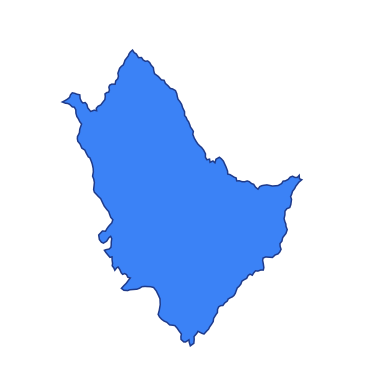 the district of Pindamonhangaba, São Paulo, Brazil, rotated 169°
{"feature_id": "56859067B24511577204159", "entity_name": "Pindamonhangaba", "entity_type": "district", "adm_level": 2, "iso_a3": "BRA", "parent_name": "Brazil", "parent_adm1": "São Paulo", "projection": "equal_earth", "projection_center": [-45.457, -22.887], "detail": "fine", "context": "isolated", "style": "filled", "palette": "blue", "viewbox_px": 384, "rotation_deg": 169, "n_neighbors": 0, "source": "geoboundaries", "source_scale": "gbopen_adm2", "svg_char_len": 4066}
<svg xmlns="http://www.w3.org/2000/svg" viewBox="0 0 384 384"><g transform="rotate(169 192 192)"><path d="M115.5,118.8L115.9,121.8L115.5,124.6L113.1,126.6L111.7,129.9L107.7,133.4L105.7,136.9L106.3,140.3L106.0,142.7L106.5,145.2L106.7,148.3L105.2,151.7L104.4,155.4L102.1,157.5L99.0,158.1L97.4,160.8L95.7,165.8L96.1,168.7L94.7,170.6L93.2,173.5L90.6,175.8L89.0,177.9L87.5,179.2L85.3,181.2L81.9,183.1L84.0,184.5L83.6,187.9L85.8,186.2L88.1,186.6L90.3,188.3L92.7,187.9L95.2,186.0L98.3,185.1L100.5,185.3L102.4,183.2L106.3,181.9L109.1,182.2L111.9,182.5L114.2,183.5L117.1,184.7L120.4,184.9L122.2,184.9L124.4,184.4L126.7,182.2L128.8,184.7L130.0,187.8L131.9,188.9L133.8,191.2L135.7,192.3L138.3,192.0L141.0,192.6L143.2,193.9L146.0,194.4L146.0,197.4L147.8,198.5L149.7,200.3L151.5,201.9L153.5,202.8L153.1,205.7L153.8,210.0L154.6,213.3L155.3,216.3L156.8,218.9L158.5,220.9L162.2,219.6L163.9,216.3L165.5,218.5L168.6,217.7L168.5,220.9L171.2,220.8L172.2,223.6L171.5,226.9L172.6,230.9L174.1,233.9L175.5,235.6L177.1,238.0L178.3,240.9L179.5,244.4L180.2,248.5L179.1,251.2L180.0,253.6L181.1,256.0L181.4,258.6L182.0,261.7L183.0,263.7L183.5,266.4L184.7,268.4L184.0,272.3L185.1,276.4L185.5,280.0L186.6,283.0L188.0,285.7L188.2,288.3L188.2,291.5L188.9,294.7L191.4,296.9L193.5,297.8L195.2,300.8L197.4,303.7L198.1,307.0L200.7,307.9L202.9,311.7L206.2,315.3L206.4,318.3L206.2,321.4L207.9,324.3L208.9,327.2L210.5,329.1L212.8,329.2L214.7,330.8L215.9,333.6L218.9,334.1L220.3,338.1L222.2,339.9L223.3,342.7L225.8,341.2L227.5,339.5L228.6,337.7L232.6,334.2L233.9,331.9L235.2,329.9L237.4,328.8L239.4,327.3L242.1,322.7L242.1,319.7L243.3,317.3L245.7,315.6L246.9,312.5L250.1,313.2L252.4,312.6L253.6,310.8L253.6,307.8L254.8,305.9L256.6,305.9L258.7,304.9L258.9,302.3L259.9,299.3L261.8,297.7L264.9,294.9L267.9,294.1L270.0,292.4L270.1,290.0L272.4,291.0L276.1,290.4L278.3,294.5L278.5,298.0L279.8,300.2L282.1,300.2L283.3,302.0L284.0,305.1L283.6,308.8L286.4,310.0L288.2,311.2L290.6,312.2L292.7,310.6L294.1,308.2L296.8,306.8L299.7,305.8L302.1,305.1L299.3,303.3L297.1,302.6L295.4,301.4L293.3,298.4L291.3,297.7L290.4,294.9L290.9,291.4L290.6,288.0L289.7,285.9L288.7,282.3L287.4,279.8L288.5,278.0L290.2,275.0L291.2,271.7L292.4,270.0L293.8,268.4L294.4,266.1L294.4,263.5L292.7,260.4L291.8,256.1L289.2,253.6L288.3,250.0L287.1,246.3L285.7,245.0L285.0,241.4L284.6,238.6L284.5,234.0L285.0,230.5L286.6,226.5L286.0,223.5L286.0,220.0L286.8,217.3L288.1,213.2L287.9,210.5L286.0,207.5L284.8,205.5L282.9,202.9L281.8,198.5L280.8,194.8L278.9,191.0L277.5,188.7L277.1,185.6L276.6,182.6L275.0,179.9L276.6,177.0L278.7,175.5L280.5,174.1L282.5,172.2L284.4,170.0L287.4,170.8L291.8,167.6L292.0,163.0L290.5,160.0L288.7,158.7L285.2,160.0L282.2,163.1L280.3,164.0L279.7,161.5L280.8,158.3L281.4,155.4L282.2,153.1L284.3,151.8L287.3,151.8L289.1,151.5L288.1,149.1L286.6,146.3L285.0,143.5L282.9,143.6L283.4,140.6L283.6,137.0L284.4,134.8L283.2,132.3L282.7,129.9L280.6,131.8L278.9,132.5L277.7,129.8L276.9,126.2L275.8,124.4L273.7,124.8L272.0,123.4L271.3,120.6L269.0,119.4L271.2,117.5L274.0,114.9L276.7,113.1L279.7,110.9L277.6,108.5L273.9,107.5L271.8,107.9L264.6,107.1L261.7,107.6L259.2,108.6L256.2,108.3L253.5,107.6L250.9,107.0L247.9,105.6L245.9,101.7L245.3,99.4L244.6,96.8L243.8,93.3L244.7,87.4L246.8,81.9L248.6,78.3L247.7,75.5L246.2,73.0L244.1,70.7L241.5,68.9L239.3,65.8L236.0,64.8L234.3,64.1L232.5,61.1L231.3,58.2L229.5,54.6L230.5,52.1L230.9,49.4L228.7,46.4L226.9,46.0L223.2,47.5L223.4,45.1L223.0,41.3L219.1,43.1L218.0,46.8L217.6,49.7L214.4,52.2L212.7,54.1L209.1,51.3L207.3,50.3L203.7,53.0L201.9,54.2L200.5,56.1L198.1,58.4L195.9,60.8L194.9,63.8L191.6,67.4L190.1,68.7L189.3,72.0L187.7,74.2L185.5,75.0L183.3,74.7L181.3,76.7L178.1,78.3L176.9,80.1L174.5,80.9L172.4,81.4L170.6,82.4L168.9,84.2L167.6,86.4L165.9,89.2L163.7,90.5L161.6,92.3L160.1,94.9L158.1,95.8L154.8,96.8L152.8,99.4L150.7,100.3L148.7,98.8L146.9,100.8L144.7,102.5L142.4,101.8L139.4,102.3L136.9,101.8L135.9,104.1L135.7,108.0L135.7,111.5L134.8,113.6L132.1,114.2L128.5,113.2L125.5,112.4L122.3,114.4L119.4,114.8L117.3,116.4L115.5,118.8Z" fill="#3b82f6" stroke="#1e3a8a" stroke-width="1.5"/></g></svg>